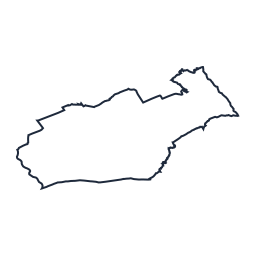 outline of Rediu, Neamt, Romania, rotated 183°
{"feature_id": "2599482B4557605097369", "entity_name": "Rediu", "entity_type": "district", "adm_level": 2, "iso_a3": "ROU", "parent_name": "Romania", "parent_adm1": "Neamt", "projection": "robinson", "projection_center": [26.525, 46.746], "detail": "fine", "context": "isolated", "style": "outline", "palette": "slate", "viewbox_px": 256, "rotation_deg": 183, "n_neighbors": 0, "source": "geoboundaries", "source_scale": "gbopen_adm2", "svg_char_len": 5541}
<svg xmlns="http://www.w3.org/2000/svg" viewBox="0 0 256 256"><g transform="rotate(183 128 128)"><path d="M218.0,130.8L219.0,130.7L213.7,124.4L212.9,123.4L214.3,121.7L215.9,120.7L223.2,117.5L227.1,115.6L227.0,114.7L227.2,114.1L227.2,111.9L226.9,108.2L227.5,107.7L227.5,106.8L228.2,106.4L228.9,106.3L231.9,104.8L235.9,102.4L236.5,101.0L237.4,100.5L236.7,98.9L236.5,97.0L236.8,95.0L237.4,93.6L237.3,92.8L236.9,91.9L236.1,91.3L233.9,90.3L232.8,89.3L232.4,88.5L232.3,87.1L232.0,86.1L230.7,84.2L229.7,83.6L228.3,82.9L226.9,82.5L225.1,81.7L224.4,81.3L223.9,80.8L223.5,80.1L223.5,79.5L223.7,79.0L224.2,78.5L224.3,77.1L224.1,76.5L220.3,74.2L217.4,73.7L216.6,73.2L215.7,72.3L215.4,71.6L214.1,69.5L211.4,68.0L210.7,67.0L210.3,65.9L210.4,64.0L210.8,63.2L206.3,64.9L204.9,65.7L200.3,67.7L199.2,68.3L196.5,69.4L195.5,69.9L191.3,70.4L187.4,71.4L185.4,71.5L182.2,72.1L177.9,72.5L173.3,73.3L168.9,73.2L162.6,72.8L161.1,72.8L157.1,72.6L154.5,72.1L153.1,72.2L147.4,73.2L132.2,76.2L129.9,76.9L129.7,76.8L127.0,77.3L124.2,77.6L122.9,77.9L122.4,77.9L119.5,77.3L114.7,77.1L110.2,77.4L105.5,77.5L103.2,77.7L103.0,77.8L103.1,78.3L103.6,78.7L100.9,80.3L99.7,81.3L99.5,81.6L99.4,81.9L99.0,82.2L98.2,83.4L97.9,84.2L97.0,84.3L96.1,84.9L95.8,85.3L94.5,86.3L93.7,86.0L93.4,86.0L93.9,86.7L93.9,87.0L94.4,87.2L94.5,87.8L94.5,88.3L94.4,88.6L94.2,88.8L93.6,89.0L93.1,89.9L92.9,89.9L92.7,89.6L92.2,90.5L91.9,90.7L91.8,91.0L91.6,91.6L91.4,92.1L90.8,92.3L91.0,93.1L91.4,93.8L91.7,94.0L90.9,94.3L90.9,94.5L91.3,94.8L91.5,95.2L91.3,95.7L91.1,95.9L90.6,95.9L90.5,95.4L89.4,94.9L88.6,94.9L88.4,95.1L88.9,95.5L88.6,96.3L88.9,96.9L88.8,97.1L88.4,97.4L88.3,97.9L87.9,98.3L88.1,98.4L88.0,98.6L87.6,98.8L87.2,99.1L87.3,99.3L87.4,99.9L86.9,100.0L87.0,100.5L86.9,100.7L85.9,101.6L86.0,101.9L85.8,102.1L85.8,102.3L85.6,102.8L85.3,103.0L85.4,103.6L85.2,103.9L85.0,104.5L84.9,105.3L85.0,106.0L85.4,106.2L85.4,106.8L85.7,107.4L85.6,107.8L86.4,109.1L86.4,109.9L85.9,109.7L85.5,109.9L85.3,110.3L84.6,110.4L84.7,110.7L84.5,110.8L82.7,110.4L82.4,110.7L81.9,110.6L81.4,110.8L81.2,111.2L80.8,111.0L80.5,111.2L80.1,111.7L80.0,112.3L80.1,112.6L80.1,112.8L80.5,113.3L81.1,113.2L82.3,115.3L82.6,116.0L82.1,116.1L76.8,120.0L75.0,121.5L74.5,122.3L74.2,122.6L73.5,122.7L72.2,123.3L69.7,124.8L67.4,126.6L66.7,126.8L65.4,127.6L64.1,128.8L62.4,129.6L62.0,129.9L61.8,129.9L61.7,130.1L60.7,130.6L60.3,130.7L60.1,130.9L60.0,131.1L59.4,131.4L59.0,131.3L57.5,132.1L57.2,132.1L57.0,132.3L56.5,132.3L56.0,133.0L54.6,132.9L54.2,133.1L52.7,130.9L52.5,132.1L52.3,132.4L51.9,133.5L50.9,134.1L50.5,134.5L50.9,134.8L51.3,135.4L51.2,136.6L50.2,137.4L49.5,138.4L49.1,138.6L49.0,138.8L48.8,139.2L47.9,139.4L47.6,139.7L47.3,141.0L46.5,141.4L46.4,141.6L41.6,143.7L39.8,143.3L38.3,143.9L36.0,145.3L35.1,145.6L33.2,145.4L31.4,145.3L30.0,145.8L29.1,145.8L28.3,146.2L26.4,145.5L25.2,145.3L23.6,146.2L21.6,145.9L19.9,145.9L19.1,145.8L18.6,146.0L19.5,147.6L21.1,149.3L21.7,149.7L23.0,150.2L23.5,150.6L23.7,151.3L23.5,152.5L25.3,154.6L26.0,155.1L26.5,155.7L27.0,156.8L27.2,158.2L28.9,160.2L30.3,162.3L31.2,163.1L31.6,163.7L32.6,164.3L35.3,166.4L36.1,167.6L37.5,167.9L39.2,168.9L39.4,169.7L40.5,172.2L40.7,173.5L40.9,173.8L42.4,174.0L44.1,175.2L44.5,175.7L45.0,176.5L45.7,177.3L45.9,177.9L46.9,178.6L47.7,179.8L48.7,180.6L50.4,180.9L50.8,181.1L51.7,182.6L52.3,184.3L52.5,185.5L52.7,185.8L53.6,186.2L54.2,187.0L55.0,187.7L55.8,188.6L55.8,190.1L56.2,192.4L56.3,192.8L56.8,192.8L58.6,192.1L58.9,191.8L59.2,191.8L59.5,191.4L60.4,191.2L62.4,191.4L62.6,191.3L62.6,191.1L62.4,190.4L62.0,190.1L63.5,189.5L64.0,189.5L64.3,189.7L65.1,189.2L65.0,188.7L64.4,188.4L64.7,188.2L64.5,187.8L64.8,187.3L64.4,186.9L64.5,186.7L65.2,186.5L65.6,186.7L66.2,186.6L67.1,187.0L67.8,187.0L68.6,187.4L69.2,187.5L70.1,187.9L70.9,188.6L72.1,188.8L72.2,189.0L73.7,188.4L74.0,188.5L74.7,188.5L75.6,187.7L76.2,188.4L76.6,188.4L77.0,188.2L77.5,188.3L76.7,189.2L76.8,189.5L77.3,189.5L77.7,188.7L78.1,188.3L77.9,188.3L78.1,188.0L78.1,187.6L78.3,187.5L78.6,187.6L78.7,187.4L79.1,187.5L79.2,187.1L79.8,187.3L79.4,186.9L79.8,186.5L79.7,186.2L78.3,186.0L77.9,185.5L78.2,185.4L79.9,183.9L80.6,183.8L81.3,183.9L81.9,183.6L82.0,183.5L82.0,183.1L82.4,182.8L82.8,182.7L84.0,181.0L85.0,180.7L85.3,180.5L85.7,179.9L86.2,179.6L86.4,178.9L87.2,178.2L86.8,178.1L86.5,178.2L86.2,177.9L85.9,177.9L86.1,177.5L84.9,176.6L84.3,176.6L83.8,176.3L82.8,176.3L82.2,176.0L81.2,175.8L80.7,174.8L80.3,174.5L79.3,174.3L78.9,174.5L78.6,174.5L78.3,173.6L77.7,173.5L77.5,172.9L76.6,172.2L76.4,171.6L75.9,171.5L75.6,171.0L73.4,169.9L73.0,169.5L72.2,169.4L71.8,169.4L71.4,169.0L71.9,168.3L72.1,167.6L70.6,167.1L71.3,166.6L72.4,167.3L73.9,167.7L74.1,168.3L74.0,168.6L75.1,169.1L75.8,168.7L76.8,167.3L76.8,167.0L75.9,165.9L75.8,165.2L75.5,164.6L75.5,164.4L75.9,164.2L76.6,164.0L78.1,164.3L79.6,164.4L80.7,164.6L81.8,164.7L82.6,164.6L83.9,164.2L89.6,161.7L95.2,159.0L95.4,159.1L96.8,161.4L97.8,162.1L100.7,160.9L106.0,158.4L114.2,154.2L120.0,162.2L121.4,164.8L121.5,165.3L122.2,166.0L123.6,166.7L124.4,166.8L125.2,166.6L126.8,166.4L128.1,166.5L129.7,167.2L130.1,166.7L131.0,166.2L133.6,165.2L138.2,163.1L138.8,162.6L139.5,162.2L142.7,161.0L144.0,159.9L144.7,158.8L145.8,158.2L146.5,157.1L147.9,156.3L147.6,155.5L147.7,155.3L148.7,154.7L150.7,154.2L151.3,153.9L152.4,153.7L154.7,152.2L155.5,151.6L155.7,151.3L158.3,149.4L162.5,147.5L162.9,147.1L171.1,148.2L171.7,148.5L172.7,147.7L173.6,147.3L176.1,150.2L176.6,148.8L178.0,149.1L177.6,148.7L184.2,148.5L185.2,149.0L187.1,147.7L188.9,147.3L189.1,147.7L194.5,145.1L192.6,142.5L198.5,139.5L218.0,130.8Z" fill="none" stroke="#1e293b" stroke-width="2"/></g></svg>